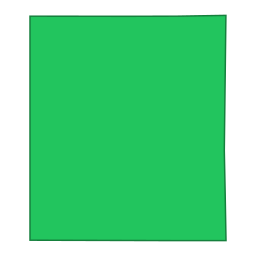 Benton, Iowa, United States of America (Robinson projection)
{"feature_id": "52423323B49027728279357", "entity_name": "Benton", "entity_type": "district", "adm_level": 2, "iso_a3": "USA", "parent_name": "United States of America", "parent_adm1": "Iowa", "projection": "robinson", "projection_center": [-92.019, 42.08], "detail": "fine", "context": "isolated", "style": "filled", "palette": "green", "viewbox_px": 256, "rotation_deg": 0, "n_neighbors": 0, "source": "geoboundaries", "source_scale": "gbopen_adm2", "svg_char_len": 244}
<svg xmlns="http://www.w3.org/2000/svg" viewBox="0 0 256 256"><path d="M30.0,16.2L30.0,240.2L177.1,240.6L226.0,240.6L225.2,195.5L224.3,150.4L225.9,15.4L176.9,16.2L128.0,16.3L30.0,16.2Z" fill="#22c55e" stroke="#15803d" stroke-width="1.5"/></svg>